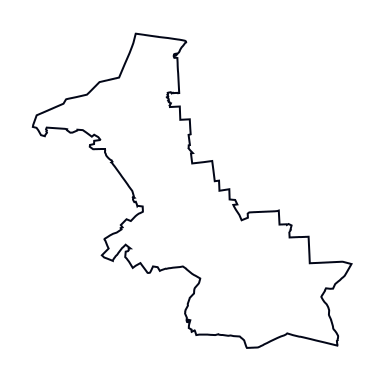 outline of Skrudalienas pag., Daugavpils, Latvia, rotated 177°
{"feature_id": "27541924B90123945749328", "entity_name": "Skrudalienas pag.", "entity_type": "district", "adm_level": 2, "iso_a3": "LVA", "parent_name": "Latvia", "parent_adm1": "Daugavpils", "projection": "orthographic", "projection_center": [26.749, 55.754], "detail": "fine", "context": "isolated", "style": "outline", "palette": "ink", "viewbox_px": 384, "rotation_deg": 177, "n_neighbors": 0, "source": "geoboundaries", "source_scale": "gbopen_adm2", "svg_char_len": 5800}
<svg xmlns="http://www.w3.org/2000/svg" viewBox="0 0 384 384"><g transform="rotate(177 192 192)"><path d="M54.9,31.0L54.7,31.6L54.9,32.3L55.1,35.7L54.2,36.3L54.3,36.9L54.2,37.6L53.9,38.2L53.8,38.8L53.6,40.3L53.7,40.9L54.4,42.3L55.1,43.8L56.4,45.8L57.1,46.7L57.5,47.1L57.9,47.8L58.1,48.3L58.3,50.7L59.4,55.3L59.8,56.7L59.7,56.8L60.1,58.0L61.3,60.9L61.7,62.2L61.2,66.8L61.3,67.0L61.9,69.5L62.3,70.5L63.4,72.8L65.5,75.2L66.6,77.0L67.0,77.7L68.2,80.1L68.3,80.6L67.2,82.4L67.0,82.5L66.2,83.7L64.3,86.4L64.4,86.8L63.2,88.8L59.1,88.1L56.2,88.1L53.8,92.6L50.5,95.1L49.0,96.1L46.9,98.0L45.7,98.8L43.9,100.3L41.9,103.3L38.8,108.1L36.5,111.7L44.9,114.4L45.9,114.5L68.7,114.6L78.1,114.7L78.0,123.1L77.9,141.2L86.0,141.3L86.8,141.4L87.3,141.4L96.9,141.5L96.9,147.2L97.0,147.2L96.6,147.4L96.3,147.6L95.9,148.1L95.3,149.0L95.6,149.3L94.3,153.4L97.3,155.0L99.0,154.1L99.3,154.8L106.3,154.9L106.3,168.9L107.7,168.5L110.5,168.4L131.1,168.6L135.9,168.6L137.5,167.5L137.5,163.4L143.9,161.2L145.9,166.6L149.1,172.0L150.8,175.4L151.4,176.9L147.4,177.2L149.3,181.8L151.7,182.1L154.8,182.6L154.6,192.8L158.6,192.4L164.5,191.8L164.4,201.9L168.7,201.6L168.8,202.9L169.5,212.9L170.2,221.9L178.7,221.2L190.3,220.5L191.0,230.6L189.1,230.8L191.7,233.8L193.2,235.9L193.0,236.2L192.9,237.6L192.8,238.8L191.6,239.0L192.4,249.2L190.3,249.7L190.4,255.7L190.4,264.7L199.9,264.7L199.7,278.0L209.5,278.0L209.4,278.8L209.9,279.5L209.1,280.5L208.6,281.3L208.4,281.7L209.6,282.2L209.7,282.6L209.8,283.0L210.5,283.1L210.7,283.5L210.4,283.9L211.0,284.7L210.3,285.1L210.5,286.3L211.3,287.2L212.2,287.8L212.2,288.0L211.3,288.4L210.8,288.2L210.7,288.5L210.9,289.4L211.5,290.4L211.3,290.6L210.9,290.7L210.8,291.0L211.0,292.3L209.6,292.6L208.8,292.6L208.2,292.4L207.9,292.7L207.3,292.3L207.1,291.7L206.7,292.0L206.0,291.7L205.6,292.1L204.8,291.7L203.7,291.8L202.6,291.7L201.5,291.8L201.0,291.4L199.6,291.5L199.6,296.1L199.6,297.1L199.6,311.3L199.7,314.6L199.7,318.5L199.6,322.0L199.6,326.5L199.8,326.5L200.3,326.8L201.0,327.0L201.3,326.9L202.6,326.9L203.1,328.1L203.1,329.1L202.7,330.4L201.8,330.8L201.6,330.8L200.3,331.0L200.1,330.8L200.2,330.4L200.4,330.2L200.5,330.1L200.8,330.0L200.9,329.9L200.9,329.6L201.0,329.5L201.2,329.4L201.5,329.5L201.8,329.5L201.7,329.3L201.6,329.1L201.4,329.1L200.4,329.5L199.8,330.2L198.1,331.9L197.7,332.1L197.0,333.2L196.8,333.8L196.2,334.9L194.7,337.1L194.1,337.6L193.4,338.3L192.1,339.8L191.2,341.0L190.5,341.5L190.0,341.7L190.0,341.8L190.1,342.6L191.1,343.4L193.7,344.1L196.7,344.8L198.4,345.1L207.8,347.0L216.3,348.4L239.6,353.0L239.9,353.0L242.6,344.3L242.8,343.7L244.2,340.4L247.0,334.1L250.5,327.1L251.1,325.9L252.2,323.7L258.8,310.1L278.6,306.6L288.9,297.2L291.8,294.7L302.6,292.8L310.5,291.6L312.7,291.2L312.9,291.1L313.2,290.7L315.7,286.9L343.1,276.7L347.0,267.4L347.5,265.3L343.9,264.2L342.2,261.6L339.8,256.7L336.0,255.4L335.4,256.8L333.7,258.8L334.3,260.1L333.7,261.0L334.5,262.2L333.7,263.9L315.4,261.7L313.4,261.2L313.7,260.3L310.4,257.6L308.2,257.6L303.3,259.4L303.2,260.2L297.8,259.5L294.3,256.8L289.1,252.5L286.7,254.3L282.7,251.7L280.9,249.1L281.2,248.7L287.0,248.2L287.3,245.0L291.4,244.3L291.7,242.5L288.5,239.9L281.0,239.7L276.6,239.5L276.6,237.6L276.8,236.7L276.8,236.1L276.3,234.9L276.1,234.5L275.9,233.4L275.6,232.7L275.2,232.1L274.8,231.6L274.2,230.8L272.8,229.3L271.9,228.5L270.5,227.7L270.2,226.8L269.9,226.4L271.0,225.7L270.3,225.2L269.4,223.7L267.7,221.3L262.4,213.1L261.2,211.1L258.3,206.7L255.5,202.3L255.5,202.2L254.6,200.7L253.4,198.9L252.0,196.8L251.6,196.2L251.2,194.7L250.6,192.1L250.6,191.9L250.4,191.3L250.3,190.7L251.1,190.2L251.4,189.8L251.3,189.6L251.1,189.3L251.1,189.0L249.8,189.3L249.7,189.2L251.1,188.9L251.2,188.4L251.3,187.5L250.6,185.8L250.1,184.9L248.6,185.2L248.4,184.7L248.4,184.2L248.0,183.5L247.8,182.8L247.3,180.6L246.9,181.0L243.6,180.4L242.0,180.1L242.0,175.4L242.1,174.8L245.1,173.5L245.7,173.4L246.3,173.1L247.8,172.2L249.7,170.8L254.6,166.2L258.8,168.2L264.8,162.7L263.2,160.3L265.1,159.7L265.0,159.3L264.4,158.3L269.3,155.4L269.7,155.3L273.0,154.4L276.2,152.9L278.4,151.6L281.7,149.8L281.8,149.6L281.7,149.5L281.8,149.0L281.6,148.7L281.0,147.7L279.3,142.6L278.2,139.9L285.3,133.5L283.1,131.2L280.3,130.0L274.7,127.4L274.7,127.7L274.2,128.4L274.1,128.7L274.0,128.8L273.4,129.6L273.0,130.2L272.5,130.6L271.7,131.8L271.4,132.0L271.1,132.3L270.7,132.7L270.2,133.0L269.3,134.1L269.0,134.6L268.5,135.2L264.6,139.8L263.6,140.5L261.0,142.8L260.9,142.7L256.5,138.9L258.2,138.9L258.2,137.2L259.0,136.3L261.3,135.9L261.6,133.9L262.1,130.5L260.6,128.8L259.8,127.5L258.6,125.8L255.1,119.3L252.1,121.3L247.2,123.7L246.0,121.8L242.6,116.7L240.6,113.6L239.3,113.4L238.1,113.7L237.0,115.5L234.8,119.7L230.2,118.7L228.2,114.9L226.9,115.5L222.3,116.8L221.8,116.6L218.9,117.1L217.6,117.1L215.0,117.4L207.9,117.7L205.0,118.1L201.8,115.7L201.8,115.4L196.2,110.3L193.9,108.7L193.2,108.4L188.3,105.2L188.5,104.4L188.8,103.5L189.5,101.4L189.7,100.9L190.1,100.2L193.6,96.6L194.2,95.9L194.4,95.6L194.9,94.0L195.0,93.0L195.3,90.5L195.5,90.4L199.5,86.6L199.8,86.3L199.8,86.1L202.1,80.4L202.0,78.7L204.7,74.3L204.7,73.9L205.1,72.7L205.0,72.2L205.1,71.9L205.3,71.1L205.2,70.7L203.7,66.7L204.1,64.3L204.1,64.1L203.8,62.5L202.8,62.2L202.4,64.6L200.4,64.0L201.7,60.2L202.1,58.5L202.3,56.3L199.6,54.6L199.8,53.6L199.6,52.4L196.6,53.6L196.3,53.1L195.2,48.9L192.2,49.2L185.6,48.9L184.1,48.8L181.3,48.4L176.2,47.9L173.0,48.6L172.5,48.1L170.5,47.7L168.9,47.6L163.3,46.5L160.9,46.7L157.9,45.9L151.8,45.2L150.8,44.1L149.1,42.6L148.0,41.4L147.8,41.3L147.6,40.9L147.2,39.3L145.9,34.7L145.3,33.4L134.3,33.3L132.3,34.0L131.6,34.4L129.2,35.3L128.2,35.9L126.8,36.5L125.0,37.2L121.3,38.9L114.2,41.8L110.7,43.1L107.4,44.0L105.6,44.8L104.3,45.8L99.8,44.2L99.1,43.9L92.4,41.9L91.5,41.8L91.3,41.8L88.4,41.0L80.9,38.8L76.1,37.3L67.8,34.9L54.9,31.0Z" fill="none" stroke="#020617" stroke-width="2"/></g></svg>